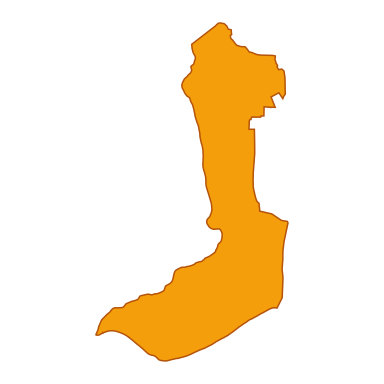 the district of Sukamara, Kalimantan Tengah, Indonesia
{"feature_id": "22746128B44365111458704", "entity_name": "Sukamara", "entity_type": "district", "adm_level": 2, "iso_a3": "IDN", "parent_name": "Indonesia", "parent_adm1": "Kalimantan Tengah", "projection": "natural_earth1", "projection_center": [111.051, -2.56], "detail": "fine", "context": "isolated", "style": "filled", "palette": "amber", "viewbox_px": 384, "rotation_deg": 0, "n_neighbors": 0, "source": "geoboundaries", "source_scale": "gbopen_adm2", "svg_char_len": 5824}
<svg xmlns="http://www.w3.org/2000/svg" viewBox="0 0 384 384"><path d="M96.0,334.9L96.1,335.0L96.6,335.1L97.4,335.2L99.3,334.9L100.1,334.4L100.7,334.1L101.4,333.8L101.6,333.6L101.8,333.5L101.9,333.4L102.0,333.4L102.4,333.2L102.6,333.1L102.9,333.0L102.9,332.9L103.0,333.0L103.1,332.8L104.4,332.4L106.5,331.6L108.6,331.0L109.2,330.9L112.5,330.7L112.7,330.8L113.3,330.8L115.2,331.1L115.3,331.1L119.1,332.2L119.7,332.5L120.2,332.6L123.9,334.2L126.1,335.4L126.3,335.5L128.4,337.0L128.5,337.2L128.8,337.2L128.8,337.3L129.7,338.0L132.7,340.4L135.9,343.2L136.5,343.5L136.6,343.8L138.6,345.3L142.4,348.5L144.3,350.3L147.4,353.1L148.1,353.6L149.2,354.3L150.9,355.0L152.6,355.3L154.1,355.7L154.8,356.2L155.0,356.2L155.1,356.4L155.8,356.7L157.1,357.9L157.7,358.6L157.9,358.7L158.2,359.2L158.8,359.7L159.3,359.9L160.1,360.2L160.2,360.3L161.8,360.6L162.4,360.7L162.5,360.6L162.8,360.7L164.9,360.9L165.5,361.0L167.6,360.7L168.7,360.4L172.3,359.4L174.9,358.9L176.0,358.5L176.8,358.5L177.0,358.5L177.5,358.4L177.9,358.4L178.3,358.2L178.9,358.1L179.0,358.2L179.5,357.9L183.2,357.0L183.4,356.9L183.8,356.8L184.0,356.8L184.2,356.7L184.5,356.6L185.4,356.3L186.0,356.2L186.3,356.0L187.1,355.8L190.7,354.3L194.3,352.5L199.6,350.1L199.8,349.9L200.3,349.8L200.7,349.6L201.0,349.6L201.4,349.3L201.8,349.3L202.2,349.1L202.6,348.9L203.0,348.8L203.2,348.7L203.4,348.6L203.8,348.5L204.5,348.3L206.7,347.1L209.7,345.6L209.9,345.5L210.6,345.1L210.8,345.1L211.1,344.9L211.4,344.8L214.5,342.8L215.0,342.5L215.8,341.9L216.3,341.6L219.8,339.7L221.1,339.0L221.9,338.5L223.1,338.0L224.1,337.6L224.2,337.4L225.0,336.9L225.9,336.4L226.1,336.4L226.5,336.1L227.7,335.5L228.0,335.4L228.0,335.1L229.9,333.9L230.1,333.8L230.6,333.3L231.6,332.7L232.6,332.0L238.9,327.1L241.1,325.6L242.1,324.9L244.7,323.1L245.9,322.5L246.4,322.0L247.9,321.0L248.2,320.7L249.5,319.8L250.7,319.3L251.6,319.0L252.3,318.5L253.3,318.1L254.7,317.1L255.3,317.0L255.7,316.7L257.1,316.0L257.4,315.8L260.7,313.8L262.8,312.8L266.7,310.6L267.7,310.1L269.0,309.3L269.9,308.9L270.2,308.7L270.5,308.7L272.0,308.1L272.3,307.9L272.5,307.9L273.0,307.9L273.6,307.8L273.8,307.7L274.0,307.8L274.1,307.7L274.3,307.8L274.5,307.7L276.0,307.8L277.0,308.1L282.2,297.7L283.0,277.7L282.1,269.2L282.9,258.4L282.8,256.9L283.0,250.2L284.0,241.8L288.0,222.9L287.3,221.4L281.4,220.4L271.8,213.9L259.6,211.1L259.7,210.0L259.0,203.3L257.5,202.0L256.9,201.1L256.5,200.2L255.9,198.7L254.8,194.5L254.3,192.1L253.8,190.1L253.1,186.0L253.3,184.6L253.2,183.5L253.1,181.3L253.1,180.0L253.3,172.3L253.7,167.2L254.7,154.0L254.7,147.4L254.6,139.9L254.4,129.3L249.0,129.3L249.3,120.8L249.8,119.7L251.0,119.5L251.0,118.6L251.8,117.1L260.7,117.1L261.0,116.0L263.9,115.9L264.1,106.8L268.8,107.2L269.8,107.2L270.2,107.4L271.0,107.4L272.3,107.2L273.4,107.3L275.2,107.3L271.1,96.9L278.9,92.8L282.8,98.7L283.6,96.6L285.3,94.0L285.3,92.5L285.2,91.7L285.0,78.0L284.0,71.0L281.8,69.1L278.7,69.6L277.4,67.6L277.1,66.6L277.6,65.8L276.7,64.0L276.0,63.3L275.9,62.3L274.9,59.3L275.3,57.2L275.1,55.8L272.4,55.4L261.1,55.1L257.0,54.6L251.8,52.5L249.1,51.9L247.7,49.8L245.3,46.9L240.5,46.5L236.8,45.3L235.5,43.9L232.7,40.2L230.7,38.3L230.3,35.5L231.6,34.7L231.2,29.8L228.2,29.1L226.7,25.9L224.2,23.7L220.9,23.0L219.2,23.0L217.8,23.6L215.1,26.2L191.7,44.3L191.9,46.3L192.1,48.6L192.4,49.7L193.0,52.1L193.7,53.8L194.4,54.9L195.1,56.3L195.4,57.6L195.3,58.7L195.0,59.9L194.5,61.1L194.0,63.3L193.4,64.4L192.5,65.1L191.4,65.8L190.9,66.7L191.2,68.2L191.6,69.5L191.6,70.7L190.8,72.6L190.0,73.4L188.3,74.9L187.7,75.7L187.1,76.5L186.4,77.1L185.4,78.0L184.3,79.1L182.7,82.2L182.1,83.8L181.8,85.4L182.2,87.9L183.7,90.7L184.5,92.5L185.5,94.2L186.8,95.8L187.7,96.6L188.8,97.2L189.5,97.8L189.9,98.8L190.6,101.1L191.1,102.2L192.6,104.9L193.8,109.3L194.7,113.7L194.9,115.2L195.6,118.0L196.4,120.4L197.2,122.9L198.0,124.8L198.4,126.1L198.7,127.6L199.2,130.5L199.6,132.1L199.8,133.7L200.0,136.7L200.3,138.4L201.0,141.7L201.4,143.3L202.0,145.0L202.3,146.5L202.9,149.6L203.0,150.8L203.0,153.2L203.2,154.8L203.2,156.1L203.0,161.7L202.9,164.9L203.0,166.6L203.3,168.2L203.7,170.0L204.3,171.7L204.8,173.5L205.6,176.9L205.9,179.8L205.9,181.7L205.9,183.3L206.1,185.8L207.3,190.1L208.2,192.8L209.7,197.7L211.4,203.7L211.6,205.5L211.7,207.1L211.9,209.0L211.8,210.4L211.4,212.3L211.1,213.4L210.5,214.7L210.3,215.4L209.9,216.2L209.5,216.9L208.8,217.7L208.1,218.4L207.2,219.5L206.7,220.9L206.7,221.9L206.8,222.8L207.1,223.7L207.6,224.6L208.9,226.5L209.5,227.3L210.5,228.0L211.7,228.7L212.9,229.1L214.1,229.3L215.9,229.1L218.5,228.9L219.8,229.2L220.6,230.1L221.3,231.4L221.8,232.7L222.1,233.9L222.2,235.2L222.0,236.6L222.0,237.9L221.5,239.7L221.4,240.7L220.2,242.3L219.1,243.3L218.5,243.9L218.0,244.7L217.5,246.9L217.2,247.7L215.9,250.1L215.5,251.5L214.8,252.4L211.9,254.6L209.4,256.3L208.0,256.9L207.3,257.3L206.5,257.6L205.6,257.9L205.0,258.2L204.5,259.1L203.0,260.2L201.9,261.3L201.3,261.5L199.4,261.8L196.6,262.6L195.8,263.0L194.0,264.5L191.5,265.5L189.3,266.2L187.2,266.5L185.2,267.1L184.5,267.3L183.1,267.2L182.1,267.2L180.0,268.0L177.6,269.2L176.7,269.8L175.9,270.3L175.2,271.0L174.9,271.6L174.6,272.2L174.3,272.9L174.0,274.0L173.7,275.3L173.0,278.6L172.3,280.9L171.4,282.2L170.6,283.0L169.3,283.9L168.0,284.7L167.2,285.1L166.1,285.6L165.5,286.1L164.7,288.6L164.3,289.7L163.5,290.9L162.9,291.3L162.0,291.8L159.2,293.0L157.1,293.7L155.2,293.8L154.1,294.1L152.7,294.6L151.5,294.8L150.7,294.7L149.7,294.4L148.0,294.2L146.0,294.5L144.3,295.0L142.6,295.3L140.4,295.9L139.7,296.4L138.9,297.9L137.9,299.3L136.7,299.9L133.6,301.0L131.8,301.3L127.1,303.3L125.9,303.9L124.1,306.3L123.2,307.2L122.0,307.6L119.9,307.7L118.7,307.8L116.8,307.9L115.8,307.7L114.8,307.8L113.0,308.5L111.5,309.8L110.5,311.3L109.3,312.6L107.8,313.7L106.2,315.2L104.0,317.5L101.9,319.6L101.1,321.1L98.8,326.4L97.9,330.1L96.7,332.8L96.1,334.0L96.0,334.9Z" fill="#f59e0b" stroke="#b45309" stroke-width="1.5"/></svg>